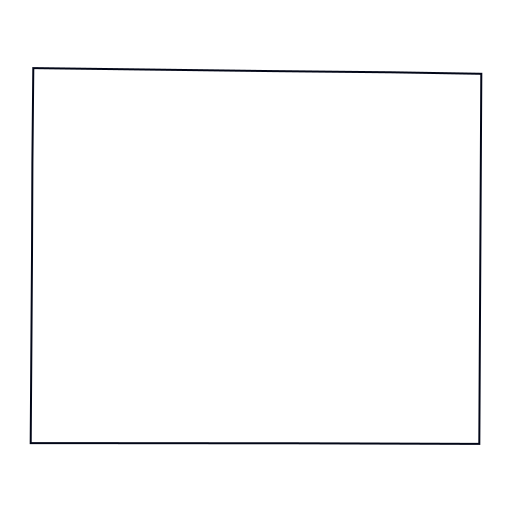 Knox, Illinois, United States of America, rotated 90°
{"feature_id": "52423323B87392879787179", "entity_name": "Knox", "entity_type": "district", "adm_level": 2, "iso_a3": "USA", "parent_name": "United States of America", "parent_adm1": "Illinois", "projection": "natural_earth1", "projection_center": [-90.27, 40.932], "detail": "fine", "context": "isolated", "style": "outline", "palette": "ink", "viewbox_px": 512, "rotation_deg": 90, "n_neighbors": 0, "source": "geoboundaries", "source_scale": "gbopen_adm2", "svg_char_len": 277}
<svg xmlns="http://www.w3.org/2000/svg" viewBox="0 0 512 512"><g transform="rotate(90 256 256)"><path d="M73.8,30.7L72.3,120.3L71.1,239.7L68.1,478.7L161.9,479.6L255.5,480.0L443.1,481.3L443.3,212.1L443.9,32.7L73.8,30.7Z" fill="none" stroke="#020617" stroke-width="2"/></g></svg>